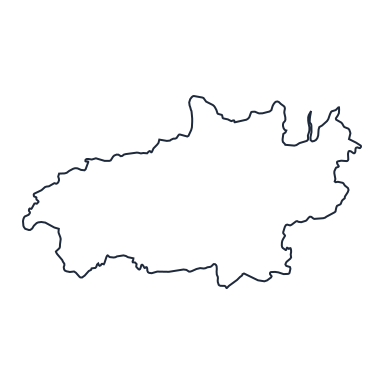 map outline of Ivanovo (orthographic projection)
{"feature_id": "RUS-2355", "entity_name": "Ivanovo", "entity_type": "Region", "adm_level": 1, "iso_a3": "RUS", "parent_name": "Russia", "parent_adm1": "", "projection": "orthographic", "projection_center": [41.756, 57.059], "detail": "fine", "context": "isolated", "style": "outline", "palette": "slate", "viewbox_px": 384, "rotation_deg": 0, "n_neighbors": 0, "source": "natural_earth", "source_scale": "10m", "svg_char_len": 6005}
<svg xmlns="http://www.w3.org/2000/svg" viewBox="0 0 384 384"><path d="M193.8,96.0L202.2,97.5L203.5,98.0L206.1,101.6L212.8,105.0L214.0,106.0L214.9,107.2L216.4,110.0L217.5,113.4L218.1,113.9L221.8,114.9L222.2,115.6L222.7,117.9L223.3,118.4L227.9,119.4L230.8,120.9L231.6,121.1L232.9,120.5L233.9,120.4L234.3,120.8L234.5,122.1L234.8,122.3L246.4,119.7L247.6,119.0L248.6,118.1L249.4,117.0L250.7,113.4L251.3,112.1L252.1,111.8L254.9,111.7L258.4,113.2L259.3,113.4L262.5,113.3L269.6,111.5L271.4,110.1L272.3,107.0L272.8,105.6L273.9,103.7L275.2,102.2L276.0,101.7L277.5,101.5L278.8,102.0L280.9,104.0L283.8,106.1L284.5,106.9L284.8,107.9L284.9,108.8L284.4,111.1L284.3,112.8L285.3,117.3L285.4,119.8L284.9,121.1L283.5,122.7L283.2,123.5L283.0,124.4L283.0,126.0L283.6,128.2L284.3,129.3L285.2,130.2L286.3,130.5L285.5,132.4L283.3,134.0L282.6,139.2L282.6,140.3L282.9,141.9L285.1,144.3L285.3,144.8L294.3,145.6L296.4,145.1L299.5,143.1L306.8,140.9L308.0,139.6L308.1,138.4L307.9,135.6L309.2,131.5L309.4,130.0L309.4,127.3L308.5,122.9L308.2,120.5L308.2,117.3L308.8,115.1L311.1,111.0L310.1,116.4L309.8,119.0L309.7,122.0L310.0,122.7L311.1,124.2L311.4,125.8L311.5,132.0L310.5,137.2L310.6,140.1L312.2,141.4L314.1,141.0L315.9,140.0L317.3,138.2L318.2,135.5L318.6,129.5L319.3,127.1L322.1,125.5L327.0,121.1L328.3,119.1L330.0,114.2L331.1,111.9L331.8,111.3L335.7,110.1L338.4,107.4L339.0,107.4L339.1,109.8L338.9,113.2L337.8,115.5L335.9,118.3L335.9,119.0L336.2,119.7L341.3,122.6L342.2,123.6L343.9,126.6L344.5,127.1L348.4,128.7L349.3,129.8L350.2,132.4L350.4,133.4L349.0,139.1L356.0,142.6L360.7,145.6L361.0,146.2L360.9,147.0L360.1,148.0L359.4,148.1L357.4,147.4L356.2,147.7L355.7,148.3L355.5,149.0L355.4,151.2L355.2,152.1L354.7,153.0L354.1,153.3L353.5,153.2L350.8,151.3L349.4,151.0L348.7,151.3L348.3,152.3L348.0,153.9L348.3,159.4L348.0,160.2L347.4,160.9L346.6,161.1L341.2,160.7L338.1,161.3L337.4,161.6L337.0,162.1L337.0,162.9L337.4,164.0L338.6,165.9L338.7,166.5L338.3,166.9L336.2,167.6L335.8,168.1L334.4,171.2L334.3,173.1L335.3,178.6L335.3,179.4L334.7,181.5L335.7,182.2L337.9,181.8L342.6,182.8L343.4,183.3L344.8,185.5L347.9,188.0L348.4,189.3L348.5,190.1L347.7,192.3L344.9,196.6L344.7,198.3L342.6,200.0L341.8,201.1L340.8,203.8L340.2,204.4L337.1,205.8L336.6,206.7L336.1,208.4L335.5,211.5L334.6,212.3L326.2,216.8L325.4,217.5L323.4,218.2L314.2,218.9L312.9,218.2L311.4,216.9L310.0,216.7L308.8,217.5L306.7,220.1L305.8,220.8L301.2,222.2L298.3,221.8L297.4,221.2L296.7,221.2L296.0,221.4L291.5,224.8L290.1,225.4L287.1,224.6L285.8,225.2L284.8,227.0L283.2,232.2L283.3,233.3L285.0,235.5L284.9,236.1L283.0,239.2L282.2,241.1L281.9,242.7L281.8,245.6L282.2,247.2L282.8,248.0L285.6,250.0L286.1,249.9L286.4,249.4L286.8,248.0L287.1,247.7L288.0,248.1L288.6,248.8L289.4,248.7L290.1,248.1L290.5,248.2L290.9,249.2L291.1,250.7L291.1,252.2L290.7,254.4L291.1,257.4L290.3,258.7L286.6,261.8L285.7,263.4L285.4,264.5L286.3,265.9L289.9,267.0L290.3,268.1L290.4,268.9L289.5,272.9L289.0,273.5L288.1,273.9L283.6,274.1L278.4,272.4L275.0,271.9L270.9,272.1L270.3,272.5L270.0,273.1L270.0,274.0L270.4,274.7L271.6,276.2L271.1,277.4L267.1,280.4L264.4,281.3L258.0,280.3L244.0,273.5L242.5,274.2L242.3,275.0L241.8,275.7L240.0,277.0L237.1,279.9L228.9,285.9L227.0,287.9L226.5,288.0L225.4,286.3L224.5,285.9L220.5,285.8L219.4,285.4L218.7,284.8L217.8,282.0L217.7,280.3L217.9,278.5L217.8,276.9L216.8,274.6L216.6,271.5L216.8,268.9L216.6,266.2L216.0,265.0L214.9,264.1L213.6,264.1L211.7,266.0L210.6,266.8L207.4,267.3L205.5,268.2L203.7,268.5L200.2,268.1L196.5,269.0L191.8,271.1L190.2,271.6L189.0,271.6L186.4,269.9L183.5,269.5L168.9,271.8L157.2,271.6L151.7,273.2L149.2,272.9L148.0,272.2L147.3,270.6L147.3,269.1L147.0,267.8L146.6,267.2L146.0,267.2L144.8,268.0L144.4,267.8L143.2,265.7L142.4,264.8L141.7,264.8L141.3,265.2L140.7,267.5L140.1,269.0L139.4,269.5L138.6,269.3L136.4,267.0L136.2,266.3L136.6,264.1L135.1,262.5L132.8,262.3L132.6,261.8L132.6,261.3L133.2,260.0L133.4,258.3L128.0,257.2L125.9,256.0L123.5,255.4L117.0,256.4L115.5,257.2L113.7,257.5L109.8,257.1L109.3,256.8L107.9,255.5L107.5,255.4L107.0,255.9L106.4,257.1L104.5,262.9L103.8,264.3L102.1,263.8L101.6,264.0L100.6,265.4L99.6,265.8L98.9,265.2L98.2,263.5L97.1,264.5L96.3,266.8L95.4,267.9L91.6,268.4L91.0,269.9L88.8,271.0L84.7,275.6L82.0,277.5L80.3,277.4L79.5,276.8L75.9,272.7L74.0,271.5L69.9,272.0L66.5,271.3L64.8,270.5L64.1,269.3L63.8,267.7L63.8,266.9L64.4,265.2L64.3,263.7L63.0,261.8L62.2,260.0L57.2,254.1L56.2,252.5L55.9,251.5L58.9,248.7L59.6,247.9L59.9,246.9L60.0,244.4L60.7,239.0L60.3,237.2L58.7,233.0L58.5,232.0L58.8,228.8L54.3,227.5L45.3,222.6L41.3,222.0L38.2,222.4L36.6,223.1L33.9,225.7L32.2,228.5L30.3,229.9L28.9,230.0L25.2,228.8L23.8,226.9L23.4,225.8L23.0,221.3L23.2,220.0L23.5,218.8L24.1,217.4L24.8,216.5L28.6,214.8L29.7,213.4L29.9,212.8L29.9,212.2L29.0,210.9L28.9,210.1L29.2,209.0L29.8,208.5L31.2,208.9L31.7,208.5L34.4,203.6L35.3,203.4L36.8,203.7L38.4,202.1L38.5,201.5L38.3,201.1L36.5,199.5L36.3,198.6L36.4,197.5L36.1,197.2L34.2,196.5L33.9,196.1L33.7,194.7L33.9,194.1L34.2,193.7L41.5,190.2L45.0,187.1L46.4,186.6L48.9,186.3L54.1,183.3L54.7,183.2L55.9,183.7L56.6,183.7L57.7,182.9L58.4,182.0L59.0,180.3L58.9,178.7L58.2,176.6L59.1,173.6L64.6,173.4L66.7,172.8L69.2,170.9L73.1,168.8L74.7,168.3L75.9,168.2L77.6,168.4L81.0,169.9L84.5,170.3L85.6,169.3L88.2,162.3L88.2,161.7L87.7,161.4L86.5,161.6L85.9,161.5L85.4,161.1L85.5,159.9L86.0,159.4L86.8,159.0L88.5,159.0L91.8,159.5L95.9,158.3L104.7,160.9L109.3,160.9L110.7,160.4L113.1,156.6L114.3,155.5L116.6,154.6L118.5,154.7L120.8,156.2L122.3,155.9L123.9,154.6L125.8,154.1L136.9,152.6L138.5,152.8L140.9,153.4L143.4,153.0L147.1,153.3L148.7,151.6L149.6,151.1L150.2,151.3L151.2,152.3L151.6,152.2L152.0,151.7L153.5,148.4L157.2,144.6L158.5,142.9L159.3,139.6L166.8,140.9L169.9,140.6L171.1,139.7L173.3,138.7L174.9,138.7L176.5,138.1L178.4,135.3L179.1,134.6L179.9,134.5L187.3,136.5L188.5,135.8L191.2,130.0L191.9,127.4L192.2,121.9L192.2,118.5L191.6,112.0L191.4,110.8L191.0,110.1L190.2,107.1L189.6,105.5L189.2,102.4L190.2,99.2L191.7,97.2L192.8,96.3L193.8,96.0Z" fill="none" stroke="#1e293b" stroke-width="2"/></svg>